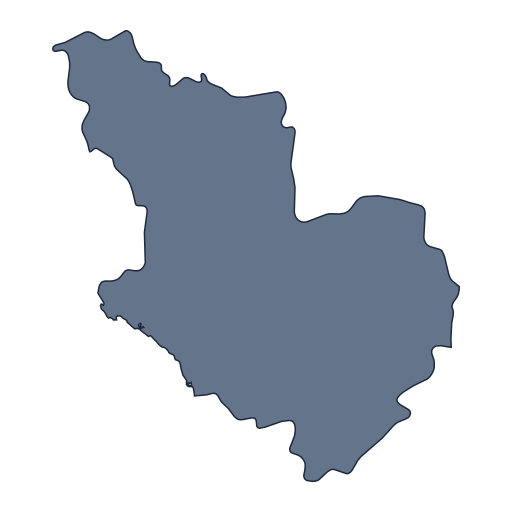 map outline of Al Madinah (Natural Earth projection)
{"feature_id": "SAU-845", "entity_name": "Al Madinah", "entity_type": "Region", "adm_level": 1, "iso_a3": "SAU", "parent_name": "Saudi Arabia", "parent_adm1": "", "projection": "natural_earth1", "projection_center": [39.015, 24.943], "detail": "fine", "context": "isolated", "style": "filled", "palette": "slate", "viewbox_px": 512, "rotation_deg": 0, "n_neighbors": 0, "source": "natural_earth", "source_scale": "10m", "svg_char_len": 5727}
<svg xmlns="http://www.w3.org/2000/svg" viewBox="0 0 512 512"><path d="M194.5,396.0L194.3,394.1L194.0,391.6L193.5,389.5L193.3,387.9L192.0,386.4L191.5,385.4L191.2,383.9L191.1,382.4L189.4,383.4L188.7,382.9L188.0,382.9L188.1,384.4L188.8,385.2L190.8,386.0L190.8,386.7L188.2,386.4L186.5,384.7L186.5,380.2L183.0,375.3L181.2,369.0L180.7,366.9L180.4,364.7L179.8,362.5L178.6,360.9L177.9,360.5L177.0,360.3L175.7,359.8L175.0,358.9L174.7,357.5L174.1,355.9L173.1,354.6L171.9,354.2L170.6,353.8L169.6,353.1L168.8,352.5L168.1,350.9L166.8,349.3L166.2,348.8L165.0,347.8L163.4,347.2L162.1,347.1L160.3,345.7L159.3,344.9L157.8,343.3L156.3,341.3L154.8,340.0L153.5,338.7L151.2,336.2L150.6,335.9L149.9,335.7L149.2,336.1L148.6,336.5L146.9,335.2L145.7,334.1L142.5,331.9L140.2,329.9L140.6,328.8L141.9,327.8L143.8,327.5L143.1,326.6L141.9,327.1L140.5,327.9L139.9,326.7L140.8,325.1L141.1,323.7L140.3,323.3L139.8,324.0L138.9,324.2L138.4,325.1L138.9,325.6L139.1,326.4L139.2,327.6L139.3,328.4L138.8,329.0L137.1,328.3L134.8,328.9L131.3,326.0L130.3,324.9L127.3,322.4L126.6,320.5L125.6,319.7L124.3,319.0L122.9,318.2L121.8,317.0L120.3,315.9L118.5,316.0L117.6,315.9L116.4,316.8L116.2,318.1L116.6,319.9L113.4,320.0L112.5,318.7L110.3,317.5L108.5,318.1L106.8,316.2L105.8,314.1L104.1,311.5L101.4,309.0L100.5,305.9L101.3,304.0L101.9,304.2L103.4,305.3L104.0,303.9L103.5,302.2L97.9,293.1L98.0,292.5L99.0,287.2L99.5,285.4L100.4,283.8L101.6,282.3L103.2,281.5L104.7,281.1L111.0,281.1L113.9,280.6L115.7,280.1L117.5,279.4L119.3,278.0L121.2,276.0L123.3,273.2L124.9,271.3L126.6,270.2L128.3,269.9L130.0,270.0L133.4,270.6L137.1,270.8L139.1,270.4L140.9,269.5L142.7,267.9L144.2,265.6L145.0,263.8L145.3,262.5L144.4,232.3L147.2,211.4L147.0,209.6L146.4,207.9L145.4,206.8L144.4,206.2L142.8,205.8L138.0,205.6L136.7,205.2L136.3,205.0L136.0,204.7L135.3,202.9L132.7,191.7L130.4,184.7L129.2,182.2L128.1,180.4L126.7,178.6L116.8,169.5L115.5,167.8L114.5,165.9L113.9,164.0L112.7,159.0L112.5,158.6L112.0,158.1L110.8,157.1L97.2,148.6L95.5,148.3L93.9,149.0L91.1,151.4L89.9,151.8L89.3,150.7L88.9,149.1L88.1,145.3L87.0,141.6L82.6,131.9L82.1,129.9L82.0,128.1L82.1,126.2L82.4,124.3L83.9,120.6L88.6,112.2L89.2,110.8L89.5,108.8L89.5,106.7L88.7,104.4L87.3,102.8L85.7,101.8L76.9,99.0L75.1,98.2L73.5,96.9L71.8,95.2L70.5,93.4L69.5,91.5L68.8,89.6L68.3,87.6L68.0,85.4L67.9,81.5L69.5,69.0L69.7,63.9L69.5,61.6L68.4,56.0L67.8,54.3L67.1,53.3L66.0,51.9L64.7,50.9L63.3,50.4L62.4,50.2L61.0,50.3L56.0,51.3L54.4,51.2L53.1,50.2L52.8,48.7L53.2,47.1L54.6,45.7L56.2,44.9L65.0,42.5L84.5,32.5L86.3,32.0L88.3,31.9L90.7,32.4L94.1,34.0L100.5,38.3L102.7,39.4L105.9,40.0L107.6,40.1L109.4,39.8L111.1,39.1L125.4,30.8L126.7,30.7L128.1,31.2L130.1,32.8L131.2,34.3L131.9,35.9L134.0,44.3L135.4,48.1L136.9,51.2L141.2,58.2L142.9,59.8L145.1,61.1L148.4,61.7L156.1,62.1L157.7,62.4L159.3,62.9L160.6,64.0L161.3,65.3L161.4,66.4L161.4,66.9L161.4,67.3L161.4,68.0L161.5,69.4L162.0,71.1L163.3,72.5L168.0,75.7L169.2,77.2L169.8,79.0L169.8,80.8L169.6,82.8L169.6,84.5L170.3,85.9L171.8,86.4L174.2,85.7L176.2,84.4L183.1,78.5L184.1,77.9L185.7,77.6L187.6,77.7L190.1,78.6L195.7,81.5L197.6,82.1L199.4,82.3L201.3,81.4L201.6,79.9L201.5,78.1L201.1,76.3L201.2,74.7L202.1,73.6L203.5,73.8L205.3,75.4L206.1,77.2L207.4,80.9L209.2,82.7L211.9,84.2L221.5,88.0L230.7,95.6L233.6,96.6L237.4,97.2L245.0,97.1L276.7,91.8L278.5,92.1L280.2,93.2L281.5,94.4L284.1,98.5L285.5,102.5L285.8,104.2L286.0,106.5L286.0,108.6L285.3,111.9L285.0,113.0L282.2,118.5L281.3,121.3L281.4,123.5L282.2,125.5L283.6,126.9L285.3,127.6L287.0,127.8L290.7,127.0L292.5,127.1L294.2,128.6L294.9,130.4L295.1,132.4L290.9,163.2L290.9,166.0L291.2,168.3L293.6,178.4L295.0,187.6L294.3,212.0L294.8,214.5L295.6,216.8L296.7,218.4L297.9,219.8L298.8,220.5L300.2,221.3L301.8,221.9L303.5,222.1L305.3,222.1L307.1,221.7L326.1,214.5L329.9,213.7L339.0,214.0L342.3,213.6L343.9,213.3L345.4,212.8L346.4,212.3L347.8,211.5L349.3,210.3L350.8,208.7L356.4,201.1L358.2,199.4L360.2,198.0L362.8,197.0L365.0,196.5L378.2,195.8L399.6,199.5L406.2,201.5L408.0,202.2L418.1,204.8L421.5,206.1L423.0,207.3L424.2,209.1L424.8,211.3L425.1,213.5L423.8,237.3L424.1,239.3L424.8,241.4L426.3,244.0L428.0,245.5L429.7,246.5L439.7,249.4L440.9,250.1L441.8,250.7L441.9,250.9L443.3,253.5L444.6,257.0L448.7,274.3L450.2,278.1L451.2,279.7L452.5,281.1L459.2,286.5L459.2,289.7L458.4,293.7L457.3,296.4L457.2,296.8L453.6,301.8L452.5,304.0L452.1,305.5L452.0,306.8L452.1,307.5L453.2,310.6L453.3,312.7L453.0,316.2L451.7,323.2L450.9,338.9L451.2,347.4L441.1,345.7L436.3,346.0L434.5,346.8L433.0,348.1L432.0,349.8L431.6,351.6L431.8,353.6L433.8,359.6L434.2,361.5L434.3,363.4L434.2,367.5L433.7,369.7L432.7,372.2L430.7,375.6L428.8,377.7L426.9,379.2L413.3,385.8L403.4,392.0L400.0,394.8L397.6,397.6L396.8,399.8L397.3,401.7L398.6,403.3L400.3,404.7L408.7,409.7L410.0,411.2L410.5,413.2L409.7,415.8L408.3,417.5L406.5,418.6L397.6,422.3L395.5,423.8L393.2,425.9L382.5,437.8L360.6,456.9L357.6,460.7L352.1,470.2L350.1,472.5L348.3,473.5L346.4,473.6L334.6,469.6L332.7,469.3L330.4,469.8L327.2,472.0L319.4,479.3L317.8,480.4L317.4,480.5L315.4,481.1L313.7,481.3L311.9,481.3L307.0,480.5L306.6,480.4L305.1,479.3L304.2,477.8L303.8,476.0L304.0,474.1L304.8,470.5L305.2,466.5L305.2,464.5L304.8,462.5L304.0,460.7L302.8,458.9L301.4,457.4L300.0,456.2L297.6,454.9L292.5,453.2L291.0,452.4L290.0,451.0L289.7,449.2L290.1,447.3L294.4,436.3L294.8,434.6L295.3,430.2L295.2,427.4L294.9,425.7L294.4,424.0L293.5,422.4L292.1,421.1L290.4,420.6L288.8,420.5L281.6,421.4L265.2,427.1L259.3,428.3L257.5,427.4L256.7,425.9L256.4,422.1L256.1,420.4L255.2,418.8L253.8,417.9L251.5,417.9L243.3,419.5L240.3,419.8L237.8,419.3L235.9,417.9L234.2,416.3L228.2,408.4L222.0,402.5L221.0,401.3L217.7,395.5L216.2,394.0L214.2,393.3L211.8,393.5L206.4,394.9L196.8,395.7L194.5,396.0Z" fill="#64748b" stroke="#1e293b" stroke-width="1.5"/></svg>